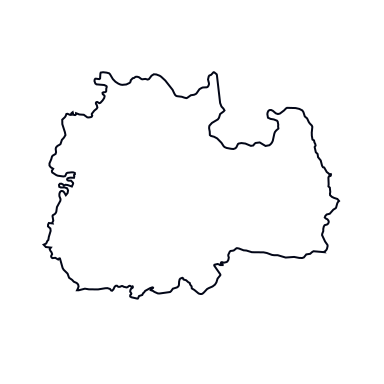 an SVG outline of Northern, rotated 193°
{"feature_id": "GHA-2155", "entity_name": "Northern", "entity_type": "Region", "adm_level": 1, "iso_a3": "GHA", "parent_name": "Ghana", "parent_adm1": "", "projection": "albers", "projection_center": [-0.881, 9.332], "detail": "fine", "context": "isolated", "style": "outline", "palette": "ink", "viewbox_px": 384, "rotation_deg": 193, "n_neighbors": 0, "source": "natural_earth", "source_scale": "10m", "svg_char_len": 5999}
<svg xmlns="http://www.w3.org/2000/svg" viewBox="0 0 384 384"><g transform="rotate(193 192 192)"><path d="M281.9,70.4L281.4,72.6L281.3,74.5L282.2,76.3L283.9,77.4L287.0,78.0L289.0,79.4L292.5,80.8L294.9,84.5L299.6,87.4L301.0,88.9L305.7,97.5L306.4,97.5L307.2,96.1L310.4,97.1L313.0,96.2L313.8,96.4L314.7,97.3L314.8,98.3L314.3,100.0L315.3,101.6L316.8,102.9L317.8,104.3L317.0,106.1L322.0,105.5L324.7,107.3L322.5,109.0L321.9,111.8L321.2,113.0L321.4,116.0L321.0,122.3L321.8,124.6L324.6,126.1L324.9,127.9L324.5,129.6L320.7,130.0L321.2,130.8L320.7,132.8L322.5,137.2L322.4,138.0L320.7,139.7L320.0,141.1L319.8,142.3L320.2,146.9L318.3,153.8L318.5,155.5L320.2,158.0L320.6,159.3L320.8,160.9L320.5,162.5L319.6,163.6L318.1,163.8L316.6,163.0L314.2,160.5L313.0,163.0L313.1,165.6L314.5,167.5L317.2,167.8L320.8,166.9L322.5,167.2L323.2,169.0L322.6,170.3L321.2,170.7L319.6,170.4L318.4,169.6L316.8,170.6L314.7,170.8L310.3,170.3L309.7,173.4L310.0,174.2L312.4,175.8L314.6,175.3L315.9,175.4L316.6,176.3L316.3,177.3L315.2,178.0L313.8,178.6L310.2,179.3L310.2,180.6L310.8,182.0L310.1,183.0L310.5,184.2L312.1,184.4L313.7,184.1L317.7,182.7L318.4,182.1L318.7,181.3L319.0,179.5L319.4,178.8L320.8,178.2L326.3,177.7L327.9,177.9L332.6,179.6L333.1,180.4L333.3,181.3L332.5,183.4L335.2,184.3L336.8,185.7L337.3,187.8L336.5,192.3L336.4,194.9L336.0,196.0L333.5,198.4L333.4,200.2L334.5,203.3L334.5,204.8L333.5,206.6L331.5,208.4L330.9,209.2L330.5,213.5L329.0,216.2L328.1,219.0L329.3,221.7L333.6,228.9L334.7,233.3L332.8,236.1L332.3,237.2L331.9,239.8L330.9,240.2L328.1,239.7L327.2,240.0L327.6,240.3L327.1,241.8L326.2,242.9L325.2,240.9L324.2,240.5L323.1,240.7L322.5,241.5L322.7,242.7L319.2,242.2L314.8,242.9L310.8,241.2L309.4,241.4L307.2,242.3L306.6,242.9L306.4,244.0L307.0,244.7L307.2,245.7L305.5,249.3L303.7,251.6L303.2,253.0L304.2,255.1L305.4,256.3L305.7,257.1L305.6,257.7L305.3,258.1L304.6,258.4L302.3,257.7L301.3,258.3L299.7,261.1L298.7,263.8L298.7,265.8L299.3,266.4L300.9,267.2L301.5,268.4L300.9,269.2L299.4,269.6L298.5,270.3L298.3,271.0L298.8,273.4L298.7,274.9L298.9,275.7L299.7,276.1L301.6,276.5L309.3,275.4L310.6,276.0L312.0,278.2L312.1,279.7L311.7,280.6L311.1,280.8L307.8,281.1L307.1,281.9L307.9,286.8L307.8,287.8L305.6,288.7L302.0,289.1L299.5,289.0L298.4,288.3L294.5,284.2L291.4,282.2L288.1,281.0L285.9,280.6L284.1,280.7L280.2,282.0L277.3,284.3L276.7,285.6L276.8,287.1L275.6,289.1L275.4,289.5L274.2,290.0L273.2,291.2L272.5,291.7L271.0,292.0L269.5,291.9L267.0,290.8L265.9,290.6L262.9,291.7L260.4,291.6L259.3,292.4L257.6,296.2L255.7,298.1L253.2,298.5L249.6,298.0L248.0,297.4L243.1,294.6L233.9,287.2L231.8,284.5L230.4,282.9L229.3,282.2L228.2,282.0L223.4,282.5L220.6,282.2L218.6,282.2L217.8,282.7L214.9,286.0L211.9,287.2L210.4,288.3L209.7,289.3L207.9,293.8L206.0,295.6L204.9,296.3L201.3,297.3L200.5,297.8L199.9,299.1L199.7,300.7L199.9,301.7L201.7,305.2L201.7,308.4L201.3,309.4L199.7,310.5L198.0,313.5L197.2,313.6L194.4,312.2L194.0,311.4L184.6,285.0L182.5,281.9L180.1,280.3L178.7,278.8L179.3,277.6L182.1,274.3L182.4,270.4L183.1,268.6L188.1,263.8L189.9,260.6L189.9,259.2L189.6,257.8L188.3,254.8L187.4,251.5L186.2,250.9L183.0,250.8L179.6,249.9L174.4,246.6L171.4,243.7L170.3,243.1L168.2,242.7L163.5,242.9L161.3,243.2L159.5,244.4L158.8,245.6L158.0,249.1L157.4,249.7L154.9,250.8L150.9,251.2L145.0,250.2L142.8,251.1L141.8,253.2L141.0,254.1L137.2,255.5L130.7,253.4L127.1,255.0L126.0,256.5L125.2,258.2L124.8,260.1L124.9,267.3L124.7,269.0L123.8,270.9L122.1,273.2L122.9,275.4L123.1,277.0L124.3,279.8L125.2,280.6L128.6,281.1L131.9,280.9L134.7,281.5L136.1,284.8L136.2,286.4L135.9,288.0L135.0,289.2L133.4,289.7L131.5,289.3L128.0,287.5L125.8,287.3L124.0,288.2L120.7,292.1L119.2,294.6L118.3,295.4L109.9,297.1L106.1,297.1L102.9,296.3L101.4,294.9L99.1,291.0L96.4,289.6L94.0,286.5L92.7,285.3L90.2,283.7L89.4,282.5L88.7,276.9L87.9,273.8L86.4,270.2L84.7,269.7L83.8,267.8L82.7,266.5L82.0,265.0L82.6,263.4L80.3,258.6L78.2,257.3L77.0,254.3L73.7,251.7L71.2,246.9L70.0,245.6L68.7,245.6L65.2,241.8L62.4,240.5L62.2,240.1L60.8,240.7L60.4,240.0L60.6,238.9L62.2,237.8L62.3,236.6L60.6,230.3L60.3,228.1L58.7,227.3L57.3,223.2L57.2,221.4L56.7,219.9L54.5,218.7L52.2,218.2L48.8,217.9L46.7,216.3L47.5,215.1L47.9,213.7L48.1,209.2L48.4,208.5L50.3,206.6L52.9,201.8L55.7,200.4L56.7,198.7L56.9,197.0L55.5,196.2L54.0,195.9L52.7,194.9L52.0,193.6L52.2,191.9L53.1,190.7L55.3,189.5L55.8,188.0L55.8,185.6L55.3,183.4L55.7,180.6L55.6,179.3L51.2,173.7L48.1,170.9L47.7,169.9L47.7,167.1L48.1,165.6L48.9,164.3L50.0,163.3L49.7,163.1L60.3,161.6L61.7,160.2L62.9,158.4L66.6,156.9L68.3,153.4L69.8,152.5L72.5,151.9L77.9,151.7L86.0,149.2L94.3,149.7L97.7,148.9L99.9,148.7L105.3,149.4L108.7,149.3L120.1,146.8L125.8,147.2L128.6,146.8L133.5,147.5L135.6,147.4L136.1,147.1L138.0,144.6L138.8,144.1L141.2,143.2L141.8,142.3L142.5,139.0L142.3,138.0L141.4,136.5L141.3,134.1L141.9,132.2L142.6,131.5L145.0,130.3L147.1,130.4L147.8,129.9L147.9,129.2L147.7,128.8L145.8,128.2L145.7,127.7L148.2,127.1L149.4,127.5L150.9,127.6L153.7,126.2L153.9,125.7L153.6,125.1L146.2,118.4L145.7,117.7L145.7,117.2L147.6,113.4L147.9,109.4L148.8,106.9L150.7,104.6L154.2,102.0L155.5,100.8L157.8,96.8L158.9,95.3L159.7,94.8L160.9,94.5L162.7,94.6L167.7,97.1L170.5,98.0L171.2,100.0L172.9,101.3L173.8,102.9L175.2,103.2L177.9,104.7L180.5,104.8L180.9,105.1L181.2,105.9L182.2,106.2L183.9,105.0L184.4,104.0L184.4,101.8L183.8,98.3L184.1,96.9L185.2,95.6L188.9,93.5L190.1,90.6L190.9,89.6L200.8,85.8L202.5,85.5L206.2,86.2L207.6,86.8L210.2,87.1L210.1,87.8L208.4,89.7L208.4,90.0L208.8,90.2L209.3,90.1L211.2,88.9L215.4,85.1L216.1,83.4L216.9,82.3L217.3,80.5L220.2,78.7L220.7,76.1L221.3,75.8L227.4,75.8L228.7,76.3L229.0,77.6L228.3,78.6L228.3,79.5L229.8,81.0L230.0,82.5L229.6,84.0L228.4,85.2L228.2,86.1L228.7,86.7L229.8,86.0L231.1,86.6L231.6,86.6L232.4,86.1L233.4,84.8L234.3,84.3L237.2,84.3L238.5,84.7L239.5,84.5L240.6,83.6L241.8,83.1L242.7,83.1L244.1,83.8L245.1,83.5L246.0,82.4L246.7,79.3L247.7,77.8L248.7,77.9L250.1,79.1L252.8,79.3L254.9,78.7L261.5,76.0L270.4,74.0L274.6,73.7L280.2,70.8L281.9,70.4Z" fill="none" stroke="#020617" stroke-width="2"/></g></svg>